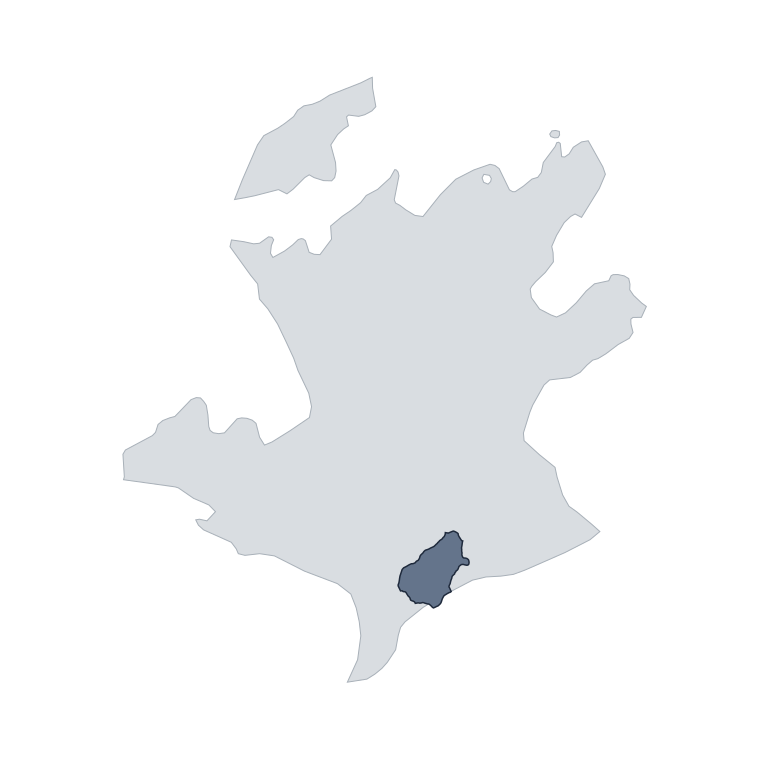 Khizi District, Xizı, Azerbaijan shown in context, rotated 100°
{"feature_id": "54616110B97026515433008", "entity_name": "Khizi District", "entity_type": "district", "adm_level": 2, "iso_a3": "AZE", "parent_name": "Azerbaijan", "parent_adm1": "Xizı", "projection": "mercator", "projection_center": [49.188, 40.748], "detail": "fine", "context": "in_parent", "style": "filled", "palette": "slate", "viewbox_px": 768, "rotation_deg": 100, "n_neighbors": 0, "source": "geoboundaries", "source_scale": "gbopen_adm2", "svg_char_len": 5258}
<svg xmlns="http://www.w3.org/2000/svg" viewBox="0 0 768 768"><g transform="rotate(100 384 384)"><path d="M523.5,623.9L520.5,623.6L498.5,628.9L493.9,627.2L475.1,603.2L471.3,600.6L463.1,599.5L458.4,595.5L454.5,589.1L452.3,584.3L432.9,571.3L430.0,566.5L429.6,562.3L432.5,558.5L435.8,555.3L445.2,552.0L456.3,549.2L459.9,547.2L461.7,543.7L461.6,538.1L459.8,532.6L443.8,522.6L442.1,518.3L441.6,513.0L442.5,507.5L445.0,503.2L458.0,497.3L464.9,491.1L460.6,484.3L446.6,468.7L430.0,451.6L418.9,451.4L406.1,456.5L385.6,471.1L374.3,477.4L359.5,487.7L343.4,499.2L330.2,511.4L322.0,521.4L307.4,525.8L300.0,534.3L275.5,559.5L268.6,559.2L268.2,546.7L268.6,536.7L267.0,531.0L259.1,523.2L259.0,519.8L261.1,517.7L267.2,519.0L275.0,518.5L278.7,515.4L270.4,505.1L262.9,498.1L256.6,493.5L255.2,490.7L255.2,488.7L256.5,486.3L267.3,480.6L268.4,475.3L267.7,469.5L250.5,460.8L237.7,464.0L226.2,454.3L218.8,446.7L209.6,438.6L201.4,434.2L193.5,424.1L179.8,413.6L171.0,410.6L171.1,409.0L172.8,407.0L176.4,405.4L200.8,405.9L203.8,404.0L205.3,399.4L208.7,392.8L212.6,382.9L212.3,374.7L187.7,361.3L169.9,348.9L157.6,332.7L149.2,317.7L149.5,312.7L151.9,308.0L171.0,294.2L172.3,290.6L171.8,288.2L165.0,281.1L156.5,273.9L153.8,268.5L148.4,265.8L138.2,265.6L120.3,256.6L116.4,255.8L115.6,254.0L116.5,252.2L129.3,248.5L129.1,245.5L125.2,241.6L118.0,238.7L111.3,231.5L109.0,225.1L132.2,206.2L139.0,202.4L154.1,205.9L185.6,218.4L183.4,225.4L186.6,229.3L193.8,234.6L207.7,239.9L219.4,242.7L225.3,240.3L234.3,238.4L246.1,244.5L256.9,252.4L262.2,255.5L265.1,256.5L273.3,253.9L283.2,243.8L287.0,231.6L288.1,225.7L282.4,217.6L270.6,208.7L257.3,201.0L248.8,194.1L243.3,180.6L237.9,179.1L236.5,177.3L235.6,172.7L235.8,166.2L237.7,161.3L243.0,159.1L248.5,158.4L253.4,153.6L259.5,144.3L262.1,139.1L273.7,142.1L275.2,150.4L277.3,152.2L282.1,151.2L290.0,147.7L296.4,150.4L304.5,160.3L315.8,170.8L321.9,177.8L324.3,182.7L330.1,187.4L338.5,192.9L345.2,201.6L351.2,221.6L357.3,226.3L379.0,233.9L386.6,235.5L408.0,238.2L415.5,236.2L426.5,218.9L436.4,201.1L445.6,197.4L462.3,188.8L472.3,180.6L476.5,171.8L486.0,155.2L491.8,145.8L501.6,154.1L518.7,176.7L543.0,213.2L549.0,223.5L552.9,235.5L556.3,250.0L561.8,262.8L586.5,294.9L597.2,306.7L614.6,322.0L620.7,325.4L628.8,326.3L643.7,326.4L657.5,332.4L664.3,336.6L671.3,342.6L677.6,349.6L684.0,368.3L660.1,362.1L636.0,363.1L622.4,367.1L609.3,372.5L596.6,380.2L588.7,395.2L582.1,429.8L572.3,462.1L572.7,477.0L576.9,491.2L576.4,498.0L572.0,500.9L566.4,506.9L559.0,536.3L555.3,542.2L550.5,545.8L549.2,542.3L549.5,534.6L539.0,527.8L533.5,535.5L529.7,551.6L522.0,568.5L521.6,571.8L523.5,623.9ZM168.1,320.9L169.1,316.2L166.1,314.1L163.0,314.0L160.2,316.3L160.2,322.1L164.0,323.2L168.1,320.9ZM89.3,456.2L85.7,451.4L84.0,448.8L94.7,446.6L112.3,440.2L117.1,443.3L122.2,449.8L124.8,455.4L125.3,465.6L127.4,467.3L135.9,463.9L139.8,468.0L146.4,473.0L157.8,477.9L174.3,470.2L182.6,468.2L189.3,468.4L193.0,470.8L194.2,478.8L192.9,488.6L191.0,494.0L194.5,497.9L208.0,507.4L213.6,512.6L210.9,521.7L221.0,543.9L224.4,552.5L228.3,563.2L207.7,559.0L170.5,550.1L160.3,545.5L150.6,533.1L144.8,527.1L136.3,519.4L129.3,516.5L124.0,511.2L121.0,503.3L116.6,496.2L108.9,487.7L91.5,459.2L89.3,456.2ZM111.4,262.6L109.1,264.2L105.6,262.6L104.5,259.0L104.8,255.2L108.3,254.3L111.1,255.4L112.0,258.8L111.4,262.6Z" fill="#d9dde1" stroke="#a8b0b8" stroke-width="1"/><path d="M518.4,285.1L517.6,286.7L516.9,289.0L516.8,290.3L518.1,292.4L519.6,294.7L519.7,296.7L519.7,297.8L521.4,297.6L523.8,298.2L524.9,299.1L526.7,300.0L527.7,301.1L528.6,302.0L529.9,302.7L530.7,303.4L531.9,304.0L532.8,304.8L533.7,305.4L535.2,306.5L536.2,307.8L537.4,309.6L538.8,311.3L539.4,312.3L540.5,314.4L542.0,315.6L543.6,316.3L546.0,318.1L547.3,318.6L549.5,318.8L551.7,319.7L552.9,321.3L554.8,322.4L555.9,324.2L556.3,325.9L557.8,328.0L559.9,330.4L561.6,332.7L563.5,333.9L566.2,334.3L568.3,334.6L569.6,334.8L570.4,334.9L572.7,334.9L574.7,334.8L577.1,334.8L579.3,335.2L580.4,335.0L584.9,331.8L584.5,330.3L585.1,329.0L585.0,328.0L585.0,327.0L585.3,326.4L585.9,325.8L587.3,324.6L588.6,323.4L589.4,322.1L590.6,321.0L591.7,320.6L592.3,320.0L592.7,318.5L592.8,317.4L593.2,316.3L593.9,315.5L594.6,315.1L593.6,312.4L593.6,310.6L593.1,309.2L592.5,308.0L592.5,306.9L592.8,305.3L593.0,302.9L592.9,301.6L593.7,300.0L594.6,298.7L595.6,297.4L595.9,296.3L594.8,294.7L593.9,293.5L593.1,292.2L591.8,291.2L590.5,290.3L589.5,289.9L587.9,289.6L586.1,289.4L584.4,289.0L582.0,288.1L580.6,286.6L579.7,285.6L578.3,283.9L577.7,282.8L577.3,282.3L577.0,282.0L576.7,281.8L575.9,282.3L574.8,283.1L573.7,283.8L572.5,284.8L571.2,284.8L569.1,284.2L566.8,284.1L565.2,283.9L564.0,283.6L561.6,283.5L560.9,283.1L559.9,282.4L558.8,281.5L557.5,281.4L556.4,280.7L555.5,280.5L554.9,279.8L553.9,279.1L553.0,278.9L552.2,278.7L550.7,278.5L549.8,277.8L548.4,276.5L548.1,275.4L547.9,274.9L548.1,272.7L548.1,270.9L547.7,269.9L546.6,269.2L545.2,269.2L544.3,269.4L543.5,269.8L542.8,270.0L542.4,270.4L541.9,271.1L541.4,272.2L541.3,273.7L541.5,275.3L541.0,276.3L539.8,277.1L539.1,277.5L538.0,277.8L536.8,277.8L536.0,278.2L534.6,278.6L533.1,278.8L532.1,279.2L530.4,279.2L528.9,279.2L527.5,279.3L525.8,279.3L524.9,279.2L524.8,280.2L523.9,281.2L523.0,282.0L521.8,283.1L521.2,283.7L520.0,284.5L518.8,285.0L518.4,285.1Z" fill="#64748b" stroke="#1e293b" stroke-width="1.5"/></g></svg>